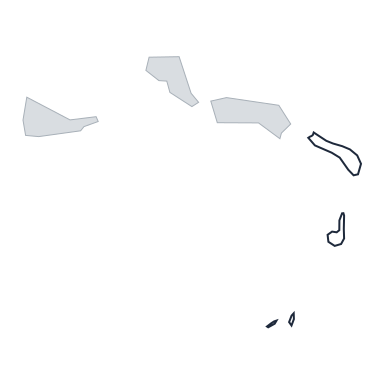 location of South Caicos and East Caicos within Turks and Caicos Islands
{"feature_id": "TCA-5006", "entity_name": "South Caicos and East Caicos", "entity_type": "state/province", "adm_level": 1, "iso_a3": "TCA", "parent_name": "Turks and Caicos Islands", "parent_adm1": "", "projection": "albers", "projection_center": [-71.559, 21.528], "detail": "fine", "context": "in_parent", "style": "outline", "palette": "slate", "viewbox_px": 384, "rotation_deg": 0, "n_neighbors": 0, "source": "natural_earth", "source_scale": "10m", "svg_char_len": 1062}
<svg xmlns="http://www.w3.org/2000/svg" viewBox="0 0 384 384"><path d="M281.4,133.1L279.9,138.7L258.5,122.9L217.3,122.7L210.8,101.1L226.5,97.6L278.8,105.3L290.7,124.0L281.4,133.1ZM26.8,97.2L70.0,119.9L96.1,116.7L98.2,121.5L84.0,126.6L80.6,130.8L38.7,136.6L25.6,135.4L23.0,120.1L26.8,97.2ZM198.6,102.3L191.9,106.6L169.9,92.4L166.8,81.1L158.9,80.6L145.9,70.4L149.1,57.2L179.1,56.7L191.1,93.3L198.6,102.3Z" fill="#d9dde1" stroke="#a8b0b8" stroke-width="1"/><path d="M339.7,157.6L331.7,152.7L314.9,145.4L308.3,137.8L310.1,136.6L311.6,136.0L312.9,134.9L313.7,132.5L326.3,140.8L333.0,143.5L342.3,146.2L349.9,149.4L357.2,155.4L361.0,163.8L358.0,174.3L353.6,175.3L348.3,169.8L339.7,157.6ZM343.4,213.2L344.1,215.6L343.8,229.2L344.1,238.5L341.1,244.0L334.7,245.9L328.4,241.8L327.6,234.8L332.1,231.6L336.7,232.3L339.3,230.2L339.4,220.4L342.1,213.3L343.4,213.2ZM291.6,315.6L293.7,313.3L293.9,319.1L291.5,325.5L289.1,322.1L291.6,315.6ZM271.2,323.3L274.1,321.4L276.5,320.6L274.7,323.7L268.2,327.3L267.0,326.5L271.2,323.3Z" fill="none" stroke="#1e293b" stroke-width="2"/></svg>